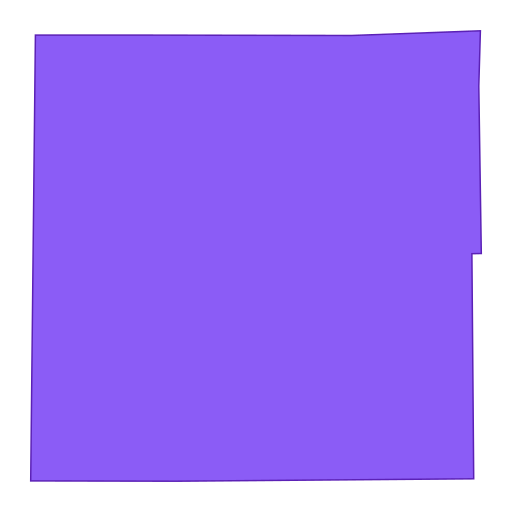 outline of Montmorency, Michigan, United States of America
{"feature_id": "52423323B25312059871419", "entity_name": "Montmorency", "entity_type": "district", "adm_level": 2, "iso_a3": "USA", "parent_name": "United States of America", "parent_adm1": "Michigan", "projection": "mercator", "projection_center": [-84.081, 45.028], "detail": "fine", "context": "isolated", "style": "filled", "palette": "violet", "viewbox_px": 512, "rotation_deg": 0, "n_neighbors": 0, "source": "geoboundaries", "source_scale": "gbopen_adm2", "svg_char_len": 256}
<svg xmlns="http://www.w3.org/2000/svg" viewBox="0 0 512 512"><path d="M145.4,35.1L35.4,35.1L30.7,480.9L176.2,481.2L473.7,478.8L471.9,253.7L481.3,253.5L478.8,86.1L480.4,30.8L351.3,35.5L145.4,35.1Z" fill="#8b5cf6" stroke="#5b21b6" stroke-width="1.5"/></svg>